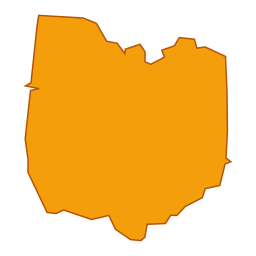 Bedford, Tennessee, United States of America
{"feature_id": "52423323B66750540744461", "entity_name": "Bedford", "entity_type": "district", "adm_level": 2, "iso_a3": "USA", "parent_name": "United States of America", "parent_adm1": "Tennessee", "projection": "albers", "projection_center": [-86.442, 35.51], "detail": "fine", "context": "isolated", "style": "filled", "palette": "amber", "viewbox_px": 256, "rotation_deg": 0, "n_neighbors": 0, "source": "geoboundaries", "source_scale": "gbopen_adm2", "svg_char_len": 690}
<svg xmlns="http://www.w3.org/2000/svg" viewBox="0 0 256 256"><path d="M37.2,24.8L31.0,82.8L25.5,85.9L39.1,88.6L30.5,90.5L25.2,138.9L28.1,159.9L27.9,172.1L47.0,212.4L56.0,213.5L63.6,210.0L91.6,219.5L108.8,215.4L115.5,229.3L130.5,239.6L140.9,240.6L144.8,237.3L147.2,224.3L165.4,223.5L170.7,215.3L176.9,215.4L185.4,206.4L202.3,197.6L205.3,188.6L219.8,185.5L225.1,163.9L230.8,161.8L226.0,157.9L227.4,131.6L227.0,92.5L225.5,56.5L205.3,47.0L196.8,48.1L194.4,39.2L179.3,37.6L174.4,45.8L161.8,50.2L164.5,57.1L150.8,64.3L145.0,61.8L145.1,51.9L140.0,44.3L125.3,49.2L124.8,53.6L117.1,43.2L106.7,41.3L96.4,23.4L83.2,18.0L38.7,15.4L37.2,24.8Z" fill="#f59e0b" stroke="#b45309" stroke-width="1.5"/></svg>